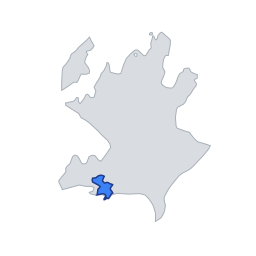 Azerbaijan, with Neftçala highlighted, rotated 77°
{"feature_id": "AZE-1710", "entity_name": "Neftçala", "entity_type": "District", "adm_level": 1, "iso_a3": "AZE", "parent_name": "Azerbaijan", "parent_adm1": "", "projection": "albers", "projection_center": [49.135, 39.338], "detail": "fine", "context": "in_parent", "style": "filled", "palette": "blue", "viewbox_px": 256, "rotation_deg": 77, "n_neighbors": 0, "source": "natural_earth", "source_scale": "10m", "svg_char_len": 4025}
<svg xmlns="http://www.w3.org/2000/svg" viewBox="0 0 256 256"><g transform="rotate(77 128 128)"><path d="M173.3,206.0L172.3,205.9L165.0,207.6L163.5,207.1L157.3,199.1L156.1,198.2L153.4,197.8L151.9,196.5L150.6,194.4L149.9,192.8L143.5,188.4L142.6,186.8L142.5,185.5L143.4,184.2L144.5,183.2L147.7,182.2L151.3,181.3L152.5,180.6L153.1,179.5L153.1,177.7L152.5,175.9L147.3,172.5L146.8,171.1L146.6,169.4L146.9,167.6L147.8,166.2L152.0,164.3L154.3,162.3L152.9,160.1L148.4,154.9L143.1,149.3L139.5,149.2L135.3,150.8L128.5,155.4L124.8,157.4L119.9,160.7L114.6,164.3L110.2,168.2L107.5,171.4L102.7,172.8L100.1,175.5L91.9,183.5L89.6,183.3L89.6,179.2L89.8,176.0L89.4,174.1L86.9,171.4L86.8,170.3L87.6,169.7L89.5,170.1L92.1,170.1L93.4,169.1L90.7,165.6L88.4,163.3L86.3,161.7L85.9,160.8L85.9,160.1L86.4,159.4L90.0,157.6L90.3,155.9L90.2,154.0L84.7,151.0L80.5,151.9L76.9,148.6L74.5,146.1L71.6,143.4L69.0,141.9L66.6,138.5L62.3,134.9L59.5,133.8L59.6,133.3L60.1,132.7L61.3,132.2L69.2,132.7L70.2,132.1L70.7,130.7L71.9,128.5L73.2,125.4L73.2,122.7L65.5,118.1L59.9,114.0L56.2,108.6L53.7,103.7L53.8,102.1L54.7,100.6L60.9,96.5L61.4,95.3L61.3,94.5L59.2,92.2L56.6,89.8L55.8,88.0L54.1,87.1L50.9,86.9L45.3,83.8L44.1,83.5L43.8,82.9L44.1,82.3L48.3,81.4L48.2,80.4L47.1,79.1L44.8,78.1L42.8,75.7L42.2,73.6L49.8,68.0L52.0,66.9L56.7,68.2L66.5,72.5L65.8,74.7L66.7,76.0L69.0,77.8L73.3,79.6L77.0,80.6L78.9,79.9L81.8,79.4L85.4,81.5L88.8,84.1L90.5,85.1L91.4,85.5L94.0,84.7L97.2,81.6L98.6,77.8L99.0,75.9L97.2,73.3L93.6,70.4L89.4,67.8L86.8,65.5L85.2,61.2L83.5,60.7L83.1,60.1L82.8,58.7L83.0,56.6L83.6,55.1L85.3,54.5L87.1,54.3L88.6,52.8L90.7,50.0L91.5,48.4L95.1,49.4L95.6,52.0L96.2,52.6L97.7,52.3L100.2,51.3L102.2,52.2L104.7,55.4L108.2,58.8L110.1,61.0L110.8,62.6L112.6,64.1L115.2,65.9L117.3,68.7L119.0,75.1L120.9,76.6L127.8,79.2L130.2,79.7L137.0,80.7L139.3,80.1L142.9,74.6L146.1,69.0L149.1,67.9L154.4,65.2L157.5,62.7L158.9,59.9L161.9,54.7L163.8,51.8L166.8,54.4L172.2,61.5L179.9,73.1L181.8,76.4L183.0,80.2L184.1,84.8L185.8,88.8L193.7,99.0L197.2,102.8L202.8,107.7L204.8,108.7L207.4,109.0L212.1,109.0L216.6,110.9L218.8,112.2L221.0,114.1L223.1,116.3L225.2,122.3L217.5,120.4L209.8,120.8L205.4,122.1L201.2,123.9L197.1,126.4L194.6,131.3L192.5,142.5L189.3,153.0L189.4,157.8L190.9,162.5L190.7,164.7L189.2,165.6L187.4,167.6L185.0,177.2L183.8,179.1L182.2,180.3L181.8,179.2L181.9,176.7L178.5,174.4L176.6,176.9L175.4,182.2L172.8,187.8L172.7,188.8L173.3,206.0ZM59.7,104.9L60.1,103.5L59.1,102.7L58.1,102.7L57.2,103.4L57.1,105.2L58.4,105.6L59.7,104.9ZM32.4,147.5L31.3,145.9L30.8,145.0L34.3,144.4L40.1,142.6L41.6,143.7L43.2,145.9L43.9,147.7L43.9,151.1L44.6,151.6L47.4,150.6L48.6,152.0L50.7,153.7L54.3,155.5L59.8,153.2L62.5,152.7L64.7,152.8L65.9,153.6L66.2,156.2L65.6,159.4L64.9,161.2L66.0,162.5L70.3,165.7L72.1,167.5L71.1,170.5L74.2,177.8L75.2,180.7L76.4,184.2L69.6,182.6L57.5,179.2L54.2,177.6L51.2,173.4L49.4,171.4L46.8,168.8L44.5,167.7L42.9,165.9L42.0,163.3L40.6,160.9L38.3,158.0L33.1,148.5L32.4,147.5ZM42.4,85.6L41.6,86.1L40.5,85.5L40.2,84.3L40.4,83.1L41.5,82.9L42.4,83.3L42.6,84.4L42.4,85.6Z" fill="#d9dde1" stroke="#a8b0b8" stroke-width="1"/><path d="M188.0,157.5L188.0,158.1L188.3,158.9L191.6,161.9L192.0,162.4L192.3,163.0L192.1,163.3L191.9,164.9L192.0,165.3L192.2,165.8L191.8,165.6L191.5,165.3L191.3,165.0L191.1,164.6L190.8,164.6L191.0,165.3L191.3,166.0L191.7,166.7L192.3,167.0L192.3,167.4L191.5,167.2L191.0,166.6L190.5,166.0L188.7,164.8L187.6,165.3L186.7,166.4L186.3,167.9L186.3,172.8L186.2,173.4L185.7,172.8L184.2,172.4L182.8,171.7L181.6,171.4L180.5,170.6L179.8,169.2L178.8,168.3L177.1,169.6L175.5,171.4L174.1,172.9L172.9,174.5L170.8,174.7L168.9,173.8L169.3,170.7L168.0,167.8L167.8,166.1L168.1,164.4L168.8,163.1L169.7,162.0L171.3,163.2L172.9,164.4L174.2,164.7L175.5,163.7L176.1,163.6L176.5,163.0L176.3,162.0L176.2,160.8L177.0,159.3L177.2,159.2L177.5,158.9L177.6,158.7L178.6,157.7L178.9,157.0L179.0,156.5L179.9,155.7L181.0,156.9L182.2,158.4L183.0,158.8L183.8,158.9L184.5,158.8L185.1,158.4L186.4,157.9L187.8,157.5L188.0,157.5Z" fill="#3b82f6" stroke="#1e3a8a" stroke-width="1.5"/></g></svg>